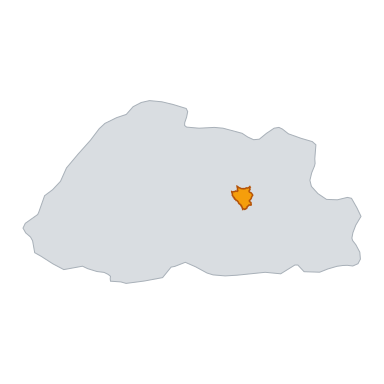 Ura, Bumthang, Bhutan shown in context
{"feature_id": "84629894B11205688340318", "entity_name": "Ura", "entity_type": "district", "adm_level": 2, "iso_a3": "BTN", "parent_name": "Bhutan", "parent_adm1": "Bumthang", "projection": "orthographic", "projection_center": [90.899, 27.459], "detail": "fine", "context": "in_parent", "style": "filled", "palette": "amber", "viewbox_px": 384, "rotation_deg": 0, "n_neighbors": 0, "source": "geoboundaries", "source_scale": "gbopen_adm2", "svg_char_len": 5009}
<svg xmlns="http://www.w3.org/2000/svg" viewBox="0 0 384 384"><path d="M315.1,163.4L314.5,166.0L311.7,172.8L309.9,180.3L311.4,186.4L317.9,193.6L326.5,199.4L337.4,199.8L347.4,197.4L351.5,198.3L357.0,208.0L361.0,216.4L355.8,225.1L352.9,232.7L351.9,238.1L352.6,240.5L355.9,244.8L359.8,252.2L360.4,259.1L358.0,263.7L352.8,266.0L347.3,265.3L342.7,265.5L337.0,266.3L328.0,268.9L319.7,272.2L304.1,271.7L297.8,265.0L294.9,265.0L280.7,273.8L265.2,272.3L237.0,275.2L225.2,275.9L213.1,274.9L207.0,273.0L195.6,266.8L185.3,262.3L174.8,266.4L171.1,267.1L162.6,277.6L144.4,281.0L126.1,283.4L120.8,281.9L110.5,281.2L110.2,278.7L110.5,276.3L108.2,274.4L104.1,272.4L96.9,271.5L87.8,268.7L82.5,266.2L63.8,269.6L53.0,263.9L40.8,256.1L34.7,252.7L32.6,240.8L30.5,237.0L25.7,232.9L23.0,228.1L25.3,223.3L37.7,214.5L38.7,212.4L44.6,195.7L52.6,189.7L60.5,181.3L66.5,167.9L78.0,154.2L90.5,140.2L99.2,128.7L104.9,123.4L116.5,117.7L126.3,114.4L133.1,106.7L141.2,102.5L149.5,100.6L161.9,101.8L173.5,104.6L186.2,108.5L187.7,111.6L186.6,117.1L184.7,122.7L184.6,125.5L186.6,127.1L199.1,128.2L214.4,127.4L223.0,128.2L242.1,133.3L247.7,137.0L253.6,139.7L259.3,139.2L266.5,133.3L274.1,128.2L278.9,127.4L282.3,129.0L288.4,133.8L301.0,138.3L312.3,141.6L315.9,144.8L314.8,158.8L315.1,163.4Z" fill="#d9dde1" stroke="#a8b0b8" stroke-width="1"/><path d="M232.3,195.0L232.3,195.3L232.5,195.5L232.8,195.8L232.9,196.1L233.0,196.2L233.0,196.3L233.2,196.6L233.3,196.8L233.3,197.0L233.7,197.2L233.9,197.3L234.0,197.3L234.2,197.5L234.3,197.6L234.3,197.8L234.4,198.0L234.2,198.3L234.3,198.5L234.6,198.7L234.6,198.8L234.6,199.0L234.8,199.1L235.0,199.0L235.3,199.2L235.3,199.3L235.6,199.4L235.7,199.6L235.8,199.9L236.1,200.1L236.1,200.3L236.3,200.4L236.3,200.5L236.5,200.5L236.9,200.6L237.0,200.6L237.3,200.7L237.4,200.8L237.5,201.1L237.7,201.4L237.8,201.4L237.9,201.5L238.0,201.6L238.2,201.8L238.2,202.0L238.3,202.2L238.3,202.3L238.4,202.5L238.5,202.7L238.5,202.8L238.8,203.0L238.8,203.3L238.9,203.5L239.0,203.6L239.2,203.8L239.3,203.8L239.5,203.8L239.7,204.0L239.8,204.0L240.0,204.4L240.1,204.5L240.3,204.6L240.6,204.7L240.7,204.8L240.8,204.9L240.9,205.2L240.9,205.4L241.0,205.6L241.1,205.8L241.3,205.7L241.4,205.9L241.5,205.9L241.6,206.0L241.7,206.4L241.8,206.5L241.9,207.0L242.0,207.3L242.2,207.5L242.2,207.8L242.3,207.8L242.3,208.0L242.5,208.3L242.6,208.5L242.7,208.8L242.7,209.0L242.8,208.9L243.1,208.9L243.3,208.8L243.6,208.8L243.8,208.9L244.0,209.0L244.1,209.3L244.3,209.2L244.5,209.2L244.6,209.3L244.8,209.4L245.0,209.3L245.1,209.1L245.3,209.1L245.5,208.7L245.8,208.5L246.1,208.6L246.4,208.6L246.5,208.5L246.6,208.4L246.8,208.1L246.8,207.9L247.0,207.6L247.1,207.4L247.1,207.0L247.1,206.9L247.1,206.7L247.4,206.4L247.5,206.3L247.7,206.2L247.8,206.1L248.3,205.9L248.5,205.7L248.8,205.3L248.8,205.1L249.2,204.9L249.5,205.0L249.8,205.1L250.1,205.0L250.3,205.0L250.5,205.1L250.9,205.2L251.0,205.1L251.2,204.8L251.2,204.7L251.2,204.4L251.1,204.1L251.1,203.8L251.0,203.6L250.9,203.4L250.9,203.1L251.0,203.0L251.0,202.9L250.9,202.9L250.7,202.5L250.7,202.4L250.6,202.2L250.4,202.1L250.1,201.9L249.9,201.8L249.7,201.7L249.5,201.4L249.4,201.2L249.3,200.9L249.4,200.7L249.4,200.4L249.6,200.2L250.0,200.0L250.2,199.7L250.3,199.6L250.5,199.5L250.6,199.3L250.7,199.2L250.9,198.9L251.0,198.6L251.1,198.3L251.2,198.2L251.3,198.2L251.5,197.6L251.6,197.1L251.7,196.8L251.9,196.4L252.1,196.1L252.6,195.6L252.7,195.2L252.4,194.4L252.0,194.0L251.2,192.9L250.4,192.5L250.1,192.3L249.9,192.3L249.6,192.2L249.3,191.9L249.1,191.4L249.1,191.0L249.3,190.4L249.6,190.1L250.0,189.6L250.0,189.4L249.9,189.1L249.8,188.6L249.8,188.3L249.7,187.9L249.8,187.8L249.8,187.6L249.8,187.4L250.2,187.2L249.9,186.8L249.8,186.6L249.5,186.9L249.2,187.3L249.0,187.5L248.7,187.6L248.4,187.6L248.1,187.8L247.9,188.0L247.7,188.0L247.4,188.1L247.1,188.0L246.8,188.0L246.7,187.9L246.4,187.9L246.2,188.0L245.9,188.1L245.7,188.4L245.4,188.3L245.2,188.4L245.2,188.6L244.8,188.7L244.7,188.7L244.3,188.7L244.1,188.7L243.9,188.8L243.8,188.7L243.7,188.6L243.4,188.7L243.2,188.7L242.9,188.6L242.6,188.7L242.4,188.7L242.2,188.7L241.9,188.6L241.7,188.6L241.4,188.6L241.2,188.6L240.9,188.5L240.8,188.4L240.6,188.3L240.5,188.2L240.3,188.2L240.2,188.1L239.9,188.0L239.8,187.9L239.7,187.9L239.3,187.8L239.1,187.8L239.0,187.7L238.9,187.6L238.7,187.5L238.5,187.4L238.4,187.3L238.4,187.2L238.2,187.1L237.9,186.9L237.8,186.7L237.7,186.7L237.4,186.4L237.2,186.3L237.0,186.2L237.0,186.3L237.2,186.7L237.2,186.9L237.2,187.3L237.3,187.6L237.5,187.9L237.5,188.1L237.5,188.3L237.5,188.6L237.5,188.8L237.5,189.1L237.4,189.6L237.5,189.8L237.5,190.0L237.8,190.3L237.8,190.7L237.7,191.0L237.2,191.4L236.7,191.2L236.4,191.2L236.0,191.1L235.7,191.0L235.4,191.2L235.2,191.3L234.7,191.6L234.4,191.6L234.1,191.6L233.7,191.7L233.2,191.8L232.7,191.9L232.3,191.8L231.9,191.7L231.7,191.6L231.7,191.8L231.8,192.1L231.9,192.3L231.9,192.5L231.9,192.8L232.1,192.9L232.1,193.0L232.2,193.3L232.3,193.5L232.5,193.8L232.5,194.0L232.4,194.2L232.4,194.3L232.4,194.6L232.3,194.9L232.3,195.0Z" fill="#f59e0b" stroke="#b45309" stroke-width="1.5"/></svg>